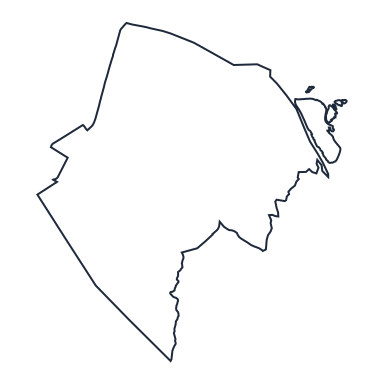 Tigre, Buenos Aires, Argentina (orthographic projection)
{"feature_id": "61730980B37602961907031", "entity_name": "Tigre", "entity_type": "district", "adm_level": 2, "iso_a3": "ARG", "parent_name": "Argentina", "parent_adm1": "Buenos Aires", "projection": "orthographic", "projection_center": [-58.508, -34.4], "detail": "fine", "context": "isolated", "style": "outline", "palette": "slate", "viewbox_px": 384, "rotation_deg": 0, "n_neighbors": 0, "source": "geoboundaries", "source_scale": "gbopen_adm2", "svg_char_len": 5952}
<svg xmlns="http://www.w3.org/2000/svg" viewBox="0 0 384 384"><path d="M270.4,70.2L257.2,64.3L233.7,65.0L214.5,54.2L193.8,42.7L170.7,33.5L162.8,31.0L150.9,28.4L146.8,27.3L143.0,26.5L132.2,24.5L126.5,23.0L125.4,24.0L121.1,28.9L120.5,29.8L120.1,30.8L116.1,45.5L114.9,48.8L113.8,52.6L113.1,54.4L112.9,56.3L112.0,58.7L109.5,67.0L106.8,76.8L104.9,82.7L104.0,86.7L101.1,97.3L100.8,98.9L100.1,101.0L99.2,105.1L95.3,119.1L93.9,122.8L92.8,124.9L92.4,125.5L91.1,126.8L87.3,130.3L86.0,128.9L84.2,126.2L82.9,125.0L59.1,139.9L53.1,143.5L52.5,144.0L51.6,145.2L50.9,147.2L67.7,157.7L57.8,177.1L56.9,178.2L56.0,178.8L55.0,179.2L53.4,179.5L53.1,179.7L57.0,181.9L37.4,194.6L67.2,241.3L95.8,285.6L129.4,320.1L170.6,361.0L171.4,359.4L171.9,355.5L172.4,350.9L172.7,349.9L174.1,346.5L175.5,344.2L175.7,343.2L175.2,341.2L175.2,340.2L175.5,339.2L175.4,338.7L173.9,333.2L174.6,331.2L174.4,329.4L174.5,328.5L175.6,324.6L175.9,321.4L177.2,319.5L177.4,319.1L177.8,317.2L178.2,316.5L178.6,316.0L178.5,314.0L178.1,312.3L177.6,311.5L176.5,310.3L176.3,309.9L176.1,308.4L176.5,305.4L177.2,303.9L177.6,302.0L177.9,301.4L178.0,300.7L177.9,299.7L177.5,299.0L176.0,297.8L174.1,297.3L173.0,296.6L170.4,293.7L170.2,293.2L170.2,292.9L170.6,292.1L171.3,291.9L172.2,291.9L173.1,291.4L174.5,290.4L174.6,290.1L174.8,288.5L175.0,287.9L175.7,286.7L175.8,285.7L178.5,281.9L178.5,281.4L178.2,280.8L177.0,279.7L176.8,279.2L176.8,278.6L177.8,276.5L178.1,275.5L178.1,272.0L180.4,270.2L180.8,269.2L182.4,267.5L182.5,267.0L182.2,266.1L182.2,264.8L181.8,263.1L182.2,262.3L182.4,260.8L183.4,258.4L183.5,257.0L183.0,255.1L182.3,253.3L181.8,252.5L197.2,248.3L205.4,241.3L212.7,234.5L212.5,234.1L216.7,230.4L218.0,228.9L219.1,226.5L219.7,221.7L223.9,226.7L226.3,228.4L229.1,230.1L231.7,230.3L233.9,231.0L236.8,232.8L237.8,235.0L239.3,237.2L241.6,238.9L248.1,242.9L250.7,244.8L253.6,246.2L258.8,248.1L261.7,249.9L262.8,251.0L265.9,249.4L266.7,239.8L268.0,235.2L270.6,231.5L271.8,228.2L270.6,223.2L271.2,220.2L269.0,215.1L272.4,214.9L275.3,216.1L278.3,216.5L278.1,212.5L276.6,207.9L275.3,201.5L276.6,199.7L284.8,201.1L286.1,200.2L286.9,196.3L289.1,194.2L288.4,191.8L290.8,188.9L294.9,185.6L296.4,181.6L298.8,179.0L297.7,177.6L298.7,172.1L306.0,171.9L309.1,169.1L312.3,172.1L316.4,173.4L318.5,167.7L316.6,163.8L317.3,159.9L321.6,165.3L322.3,171.0L328.2,177.0L328.2,174.0L322.9,162.8L317.8,153.9L310.0,141.5L304.2,127.9L296.5,109.1L286.4,95.3L277.0,83.6L270.1,76.6L270.4,70.2ZM315.9,100.1L313.2,99.0L311.3,98.7L308.9,98.7L306.6,98.8L303.2,99.1L298.3,99.4L296.7,99.3L296.2,99.0L295.6,99.0L295.3,99.1L295.0,101.6L295.0,102.6L295.4,103.2L295.5,104.2L296.6,106.1L296.9,106.5L297.1,106.6L297.6,107.6L298.4,108.6L300.5,112.2L302.0,115.2L303.1,117.9L303.9,119.3L304.4,120.6L307.4,127.7L308.5,129.7L310.3,131.1L311.9,133.9L311.4,134.0L311.3,134.4L311.4,134.7L312.7,137.6L313.3,137.8L313.5,139.3L314.7,140.2L314.7,140.3L314.4,140.6L314.6,141.3L317.0,146.3L317.7,146.8L318.9,147.3L320.0,148.7L320.6,150.3L321.5,151.0L321.9,151.2L322.5,152.1L322.8,152.8L322.4,153.1L322.8,153.9L323.1,154.2L323.4,155.6L325.9,158.5L326.1,159.5L326.6,160.0L327.7,160.8L328.1,161.8L328.4,162.1L329.4,162.8L330.2,162.9L330.7,162.9L331.5,162.6L332.9,162.6L333.6,162.1L334.8,161.6L335.1,161.3L335.5,161.3L336.7,159.8L338.6,155.6L338.9,154.6L339.4,153.7L339.8,152.0L340.1,151.2L340.4,149.5L340.4,148.6L340.2,148.1L340.2,147.8L335.4,142.0L334.2,140.3L333.3,138.3L332.9,136.6L332.0,135.6L331.8,135.3L328.6,132.5L328.5,132.1L328.8,132.1L329.1,131.7L329.1,131.1L327.5,131.0L327.4,130.6L328.5,130.5L329.1,130.1L329.1,129.8L329.5,129.6L328.9,127.5L329.9,127.5L330.1,127.7L330.1,128.9L330.3,129.7L331.1,130.4L331.7,131.1L332.4,131.4L333.1,131.3L333.9,130.3L333.9,129.5L333.4,128.8L332.9,128.8L332.7,128.4L332.9,127.0L332.8,126.3L332.6,126.0L330.7,125.1L329.5,124.8L327.8,123.8L326.4,122.5L325.9,121.7L325.3,120.4L325.1,119.1L325.1,117.5L325.6,114.0L326.3,110.9L326.3,109.9L326.2,109.0L326.0,108.1L325.8,107.7L325.5,107.7L325.3,107.5L325.0,106.7L325.1,106.3L324.1,105.2L324.1,104.9L323.9,104.5L323.7,104.4L323.2,104.3L322.9,104.1L323.2,103.9L323.1,103.6L322.2,103.3L321.7,102.6L320.2,101.4L318.5,100.7L317.6,100.1L316.6,99.9L316.4,100.1L315.9,100.1ZM337.0,113.4L337.1,112.9L336.5,111.9L335.0,110.2L334.2,109.6L334.1,109.3L332.9,107.5L332.2,106.8L330.2,105.3L329.8,105.2L329.3,105.4L328.7,106.4L328.8,107.5L328.5,108.9L327.5,110.5L326.5,114.1L326.0,115.3L326.1,118.7L326.3,120.5L327.4,121.6L327.9,122.5L329.3,122.5L329.8,122.3L329.9,121.7L330.1,121.5L330.6,121.5L331.0,121.1L331.4,121.1L332.0,120.4L332.0,119.8L331.3,119.8L331.2,119.6L331.7,119.3L332.3,119.3L332.6,119.2L333.6,117.9L333.9,118.3L334.6,117.8L334.5,117.1L334.6,116.8L335.1,116.4L335.4,115.9L335.6,116.2L335.7,115.6L335.3,114.7L335.1,113.7L335.4,113.4L335.9,113.4L336.2,113.7L336.6,113.7L337.0,113.4ZM339.4,100.1L337.3,100.4L336.9,100.7L335.6,100.9L334.6,101.7L334.6,102.0L335.8,103.4L336.6,103.5L338.0,104.7L338.6,105.0L339.1,105.0L339.5,105.1L340.3,105.7L341.3,106.0L341.6,106.0L341.6,105.4L341.8,105.3L341.7,105.0L341.8,104.8L341.7,104.4L342.2,104.1L342.1,102.6L341.8,102.1L341.4,101.8L341.2,100.9L340.6,100.6L340.1,100.5L339.9,100.3L339.4,100.1ZM313.8,87.1L313.2,86.8L313.0,87.1L311.7,86.8L311.5,87.2L310.8,87.2L310.1,86.9L309.4,86.9L308.9,87.6L308.8,88.4L308.4,88.6L307.6,90.0L307.6,90.4L307.8,90.4L307.9,90.9L308.1,91.4L307.9,92.1L308.4,92.2L309.2,91.8L309.7,91.0L309.4,90.9L309.4,90.6L309.2,90.6L309.7,90.4L310.0,89.9L310.6,90.0L311.2,89.3L311.3,89.0L313.4,88.0L313.9,87.3L313.8,87.1ZM345.6,100.0L344.7,99.9L344.5,100.1L342.3,100.0L342.2,100.9L342.9,102.6L343.7,103.4L344.0,103.5L345.4,103.0L346.5,101.7L346.6,101.0L346.5,100.7L345.6,100.0ZM336.4,109.1L336.4,108.9L335.7,107.6L335.6,106.9L335.7,106.4L335.3,105.7L334.1,104.6L333.6,104.5L332.9,104.6L332.9,105.1L333.8,106.5L333.8,107.1L334.8,107.9L335.1,108.4L336.0,109.2L336.4,109.1ZM307.0,92.4L307.2,91.9L307.4,91.7L306.9,91.2L306.6,91.2L306.0,91.6L306.0,92.0L306.7,92.5L307.0,92.4Z" fill="none" stroke="#1e293b" stroke-width="2"/></svg>